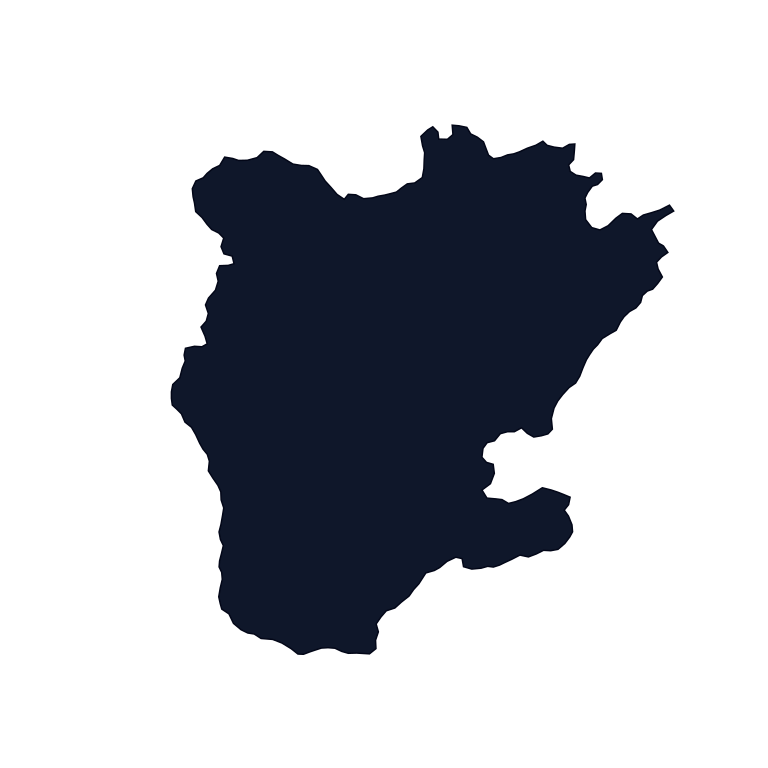 the district of Santa Rita do Itueto, Minas Gerais, Brazil, rotated 196°
{"feature_id": "56859067B20949833690763", "entity_name": "Santa Rita do Itueto", "entity_type": "district", "adm_level": 2, "iso_a3": "BRA", "parent_name": "Brazil", "parent_adm1": "Minas Gerais", "projection": "orthographic", "projection_center": [-41.399, -19.406], "detail": "fine", "context": "isolated", "style": "filled", "palette": "ink", "viewbox_px": 768, "rotation_deg": 196, "n_neighbors": 0, "source": "geoboundaries", "source_scale": "gbopen_adm2", "svg_char_len": 3591}
<svg xmlns="http://www.w3.org/2000/svg" viewBox="0 0 768 768"><g transform="rotate(196 384 384)"><path d="M599.7,558.2L602.2,548.8L608.0,543.7L612.1,537.7L614.6,532.4L620.8,527.3L622.1,518.9L619.1,511.3L616.1,505.8L612.5,497.8L604.8,493.9L598.2,488.8L592.2,485.0L584.5,483.6L578.3,480.1L578.5,471.1L573.7,465.0L565.2,465.1L561.3,458.3L566.4,455.1L574.6,452.4L575.5,444.1L571.7,437.1L571.9,427.7L576.4,418.2L577.4,410.8L572.3,403.4L572.2,395.4L575.6,388.3L569.2,380.6L565.0,373.9L569.3,369.6L576.6,368.0L584.7,363.6L584.1,356.7L581.4,351.3L582.3,343.6L582.0,333.7L586.9,325.3L586.2,317.9L584.4,311.6L581.7,305.4L576.6,302.9L570.5,299.5L564.8,292.5L557.1,289.3L551.1,283.5L544.8,276.2L539.9,271.4L534.5,267.7L530.6,261.7L528.9,252.1L522.3,246.2L515.7,240.8L511.1,235.3L508.6,227.7L503.9,220.7L503.0,213.5L502.0,203.9L501.8,196.3L498.4,189.5L493.9,184.4L493.5,176.2L493.3,168.6L492.1,162.7L488.1,158.2L485.6,151.6L485.2,142.8L484.2,133.9L480.9,127.8L477.9,122.9L469.7,120.3L462.7,112.4L453.7,108.4L446.3,107.1L439.9,107.9L432.0,105.5L420.6,107.8L410.8,106.9L400.3,104.0L392.3,100.7L386.9,102.0L381.4,106.1L376.6,109.4L371.4,112.9L365.1,115.1L358.3,116.5L350.9,115.3L344.1,115.3L336.2,117.8L323.6,120.6L318.8,127.4L321.5,135.4L321.1,144.2L325.4,151.2L322.7,159.2L319.3,166.6L311.8,171.7L307.2,179.1L301.4,187.2L298.9,194.5L295.4,201.6L291.7,213.9L284.2,218.6L279.9,222.9L274.5,230.9L267.2,237.3L260.8,237.7L257.2,230.3L248.6,230.3L239.9,233.7L234.1,237.3L228.4,238.2L223.0,241.8L218.8,245.6L212.9,250.7L206.2,257.0L197.5,257.6L190.8,262.6L184.8,268.1L177.8,269.7L171.2,273.0L166.2,280.6L163.3,288.1L162.0,293.9L164.5,300.5L170.3,307.9L176.0,312.4L173.3,318.9L173.9,326.5L180.8,327.3L187.2,327.9L194.1,328.2L203.2,327.9L211.1,319.1L218.4,312.1L225.0,307.2L231.4,303.5L238.7,305.4L244.8,304.4L253.6,302.7L260.6,309.1L254.2,317.5L253.3,328.5L256.9,336.9L263.9,336.9L269.7,340.6L271.1,349.4L268.7,356.0L262.1,359.9L258.5,368.3L252.1,372.2L245.5,374.1L239.7,379.8L232.7,376.1L225.4,374.3L218.5,377.6L212.7,381.2L209.7,387.0L213.6,396.9L213.9,407.7L212.3,415.5L209.4,422.9L205.1,431.6L200.1,437.7L198.0,445.4L197.2,454.7L196.1,463.1L194.5,468.8L192.4,475.2L189.5,480.5L186.8,487.8L181.0,494.2L175.6,499.7L173.9,508.7L171.8,514.8L168.0,521.3L162.8,526.6L159.8,533.2L160.0,540.2L156.5,545.9L151.9,549.2L148.6,556.2L145.9,563.6L152.2,570.1L155.6,576.2L152.3,582.6L147.4,588.7L153.4,593.7L158.9,595.1L163.5,599.9L169.5,606.2L166.0,615.9L159.5,623.6L153.2,630.1L158.9,634.6L167.0,627.1L174.1,622.4L181.3,617.9L185.9,612.5L193.4,615.6L201.9,613.7L206.8,607.3L212.2,597.9L218.9,591.6L227.4,591.6L235.5,597.6L238.5,605.7L239.1,612.3L242.1,618.1L241.0,624.2L238.3,631.6L233.7,634.6L230.4,640.6L233.1,646.4L238.9,645.1L243.3,638.7L249.7,638.4L257.0,637.7L263.6,639.7L266.9,645.5L263.6,651.9L265.4,661.2L266.7,667.3L271.9,665.4L277.3,659.9L285.8,658.6L293.0,658.4L298.2,661.2L303.8,655.4L311.2,650.2L317.8,644.5L322.7,641.0L328.4,638.3L333.9,634.0L340.9,630.7L346.6,632.8L350.5,638.0L355.1,644.2L362.3,647.0L369.6,648.3L375.1,653.5L383.0,652.9L389.8,651.6L386.5,642.8L390.5,636.7L398.9,634.5L401.6,641.0L408.0,644.7L412.0,640.3L416.8,632.2L412.6,623.6L408.7,617.6L407.2,610.8L405.0,602.0L404.1,593.0L409.9,585.7L416.8,582.8L421.4,577.0L425.0,571.9L430.2,568.8L435.4,565.8L441.4,562.9L446.2,559.8L454.7,556.5L463.2,558.1L470.6,556.5L473.1,550.6L481.4,553.3L489.2,558.4L496.5,562.9L501.5,567.2L507.1,571.9L516.4,573.2L523.7,571.3L532.2,570.3L541.5,572.9L548.8,574.6L555.2,576.4L563.7,574.5L568.4,566.6L577.0,561.4L585.4,558.8L591.5,559.1L599.7,558.2Z" fill="#0f172a" stroke="#020617" stroke-width="1.5"/></g></svg>